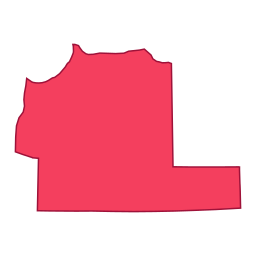 an SVG outline of Ajdabiya
{"feature_id": "LBY-2983", "entity_name": "Ajdabiya", "entity_type": "Municipality", "adm_level": 1, "iso_a3": "LBY", "parent_name": "Libya", "parent_adm1": "", "projection": "orthographic", "projection_center": [21.402, 29.135], "detail": "fine", "context": "isolated", "style": "filled", "palette": "rose", "viewbox_px": 256, "rotation_deg": 0, "n_neighbors": 0, "source": "natural_earth", "source_scale": "10m", "svg_char_len": 1227}
<svg xmlns="http://www.w3.org/2000/svg" viewBox="0 0 256 256"><path d="M239.5,167.0L239.5,170.1L239.9,183.9L240.0,185.4L240.2,191.4L240.5,204.7L240.6,208.1L228.4,208.8L215.5,209.5L195.1,210.3L174.6,211.0L154.2,211.4L133.7,211.6L112.7,211.4L91.8,211.0L76.5,211.1L61.2,211.0L49.3,210.9L37.4,210.7L38.5,158.3L32.7,157.8L32.7,157.7L22.9,154.5L15.4,151.8L15.7,137.1L16.5,125.8L19.0,117.8L23.2,112.1L24.5,106.2L23.9,99.7L24.5,93.1L25.9,85.5L26.7,78.4L31.6,81.8L33.0,82.4L36.0,82.9L39.0,83.0L42.2,82.7L44.0,82.2L45.6,81.8L48.3,80.5L52.1,78.1L52.8,77.8L54.3,77.5L55.0,77.2L59.6,73.7L65.3,67.0L66.8,64.4L67.6,63.3L68.8,62.3L69.5,61.7L71.6,57.2L73.3,52.9L73.5,51.2L73.3,46.2L73.2,45.9L73.6,45.7L73.5,45.4L73.4,45.2L73.0,44.8L72.9,44.4L74.8,44.4L78.5,45.6L79.9,47.9L82.4,51.3L85.9,53.8L88.3,54.5L93.2,54.3L99.8,53.1L112.7,53.5L115.4,53.6L124.0,53.2L126.1,52.3L128.7,51.2L134.7,50.6L139.4,50.1L144.3,49.1L146.9,51.4L151.0,55.0L152.9,58.9L156.6,61.4L158.9,61.8L162.3,62.8L165.7,62.7L168.4,62.4L168.5,62.4L169.2,62.7L169.9,63.0L170.7,63.2L171.4,63.5L171.8,89.4L172.2,115.2L172.6,141.0L173.0,166.8L189.4,167.0L205.9,167.0L222.3,167.0L238.7,166.9L239.1,167.0L239.4,167.0L239.5,167.0Z" fill="#f43f5e" stroke="#9f1239" stroke-width="1.5"/></svg>